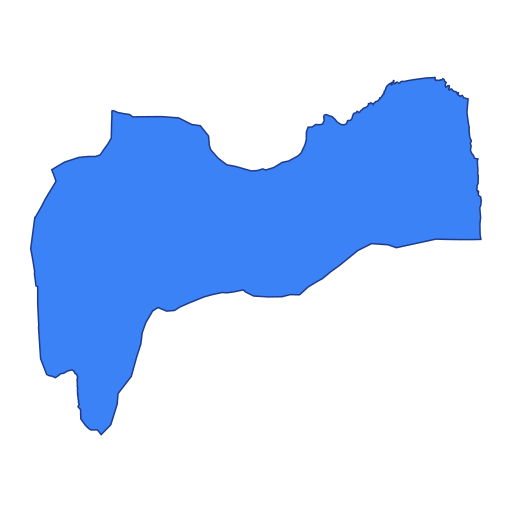 Mountain Province, Mountain Province, Philippines (Equal Earth projection)
{"feature_id": "2640588B69436428808540", "entity_name": "Mountain Province", "entity_type": "district", "adm_level": 2, "iso_a3": "PHL", "parent_name": "Philippines", "parent_adm1": "Mountain Province", "projection": "equal_earth", "projection_center": [121.216, 17.057], "detail": "fine", "context": "isolated", "style": "filled", "palette": "blue", "viewbox_px": 512, "rotation_deg": 0, "n_neighbors": 0, "source": "geoboundaries", "source_scale": "gbopen_adm2", "svg_char_len": 5664}
<svg xmlns="http://www.w3.org/2000/svg" viewBox="0 0 512 512"><path d="M51.7,169.7L53.5,174.2L56.0,181.3L53.1,186.2L48.6,193.5L45.0,199.6L41.6,206.3L35.2,217.6L34.8,217.5L30.7,248.7L31.9,254.9L33.1,261.8L34.7,271.9L34.4,273.5L36.0,285.9L37.7,286.7L37.7,303.4L38.6,322.9L38.7,323.4L38.8,325.6L38.5,327.2L40.6,358.7L46.7,374.5L49.5,375.8L52.2,376.2L55.4,377.7L58.4,375.6L60.9,373.6L63.4,373.4L67.8,370.9L72.1,369.9L73.6,370.8L73.6,371.0L73.9,371.1L74.0,371.2L74.1,371.3L74.3,372.1L74.5,372.5L74.7,372.9L75.0,373.2L75.1,373.5L75.4,373.7L75.7,373.4L75.8,373.4L76.1,373.7L76.2,374.1L76.8,374.6L76.9,375.1L77.1,375.8L77.2,376.0L77.4,376.1L77.6,376.4L77.6,376.8L77.4,377.2L77.4,377.5L77.5,377.9L77.7,378.3L77.6,378.6L77.4,378.9L77.4,379.1L77.0,379.4L77.0,379.8L77.1,380.2L77.2,380.5L77.2,380.9L77.4,385.7L77.3,386.2L77.2,386.7L77.3,386.9L77.5,387.1L77.7,387.3L77.7,387.5L77.7,387.9L77.8,388.0L77.6,388.5L77.6,388.9L77.4,389.5L77.6,393.3L77.6,393.7L77.8,393.8L77.9,394.0L77.7,394.1L77.6,394.3L77.7,395.1L77.7,395.5L77.8,395.9L77.8,396.6L78.1,397.1L78.1,397.7L78.2,398.1L78.2,398.8L78.1,399.2L78.3,400.0L78.6,400.4L78.5,401.3L78.5,401.7L78.4,402.1L78.4,402.5L78.8,403.2L78.9,403.6L79.0,403.8L79.3,404.0L79.4,404.4L79.3,404.7L79.2,404.8L78.8,405.2L78.6,405.3L78.5,405.5L78.2,406.0L78.1,406.9L78.2,407.0L78.7,407.5L79.0,407.9L79.1,408.1L79.5,408.6L79.8,408.7L80.0,408.8L80.5,409.3L80.6,409.7L80.5,410.5L80.6,410.9L80.8,418.9L85.4,425.3L88.3,428.2L90.8,429.9L94.6,429.9L97.3,429.8L101.2,434.6L110.8,424.7L117.2,404.1L118.0,393.6L131.3,376.4L136.7,356.8L138.9,350.0L140.8,344.1L142.2,332.8L145.7,322.8L147.9,319.0L150.8,314.2L152.5,311.1L158.0,307.5L166.5,311.1L174.4,310.5L179.9,307.0L188.7,303.1L203.7,297.0L212.7,294.5L222.1,292.5L227.1,292.8L234.2,291.8L243.3,289.9L245.6,292.0L253.6,296.0L268.2,296.9L282.2,296.7L290.1,294.6L299.4,294.8L299.9,294.5L308.2,286.9L317.8,281.1L322.3,278.7L330.5,271.9L340.0,265.0L357.8,250.5L371.6,243.6L388.2,244.8L396.3,247.7L435.9,239.1L445.7,239.4L462.2,239.6L471.8,239.6L480.9,239.4L480.1,234.4L479.9,224.1L480.6,217.6L479.8,207.8L480.9,204.8L481.0,202.3L481.3,200.3L481.1,199.5L480.9,198.9L480.7,198.6L480.6,198.4L480.8,198.1L480.8,197.7L480.7,197.1L480.6,196.8L480.3,196.7L478.7,195.4L478.4,194.9L478.3,194.4L478.1,193.7L478.1,193.3L478.4,193.1L478.2,192.6L478.3,192.6L478.5,192.5L478.5,191.3L478.3,191.1L478.0,190.9L477.6,191.1L477.4,191.1L477.3,190.9L477.2,190.9L476.9,190.2L476.7,190.1L476.6,189.9L476.9,189.2L477.1,188.0L477.2,187.5L476.8,186.1L478.1,183.5L478.2,179.2L478.2,178.5L478.3,175.9L477.7,173.8L477.9,169.1L477.8,168.1L477.6,166.3L477.4,162.2L477.4,160.5L478.0,159.0L477.3,158.7L475.7,158.7L474.0,157.7L473.9,156.6L473.3,155.1L472.1,154.0L470.5,150.6L470.8,147.6L471.2,146.4L470.4,143.3L470.7,142.1L471.3,141.5L471.2,140.3L470.5,139.2L469.7,136.9L469.1,130.5L469.2,127.1L468.6,124.5L467.8,119.2L466.9,112.3L468.1,98.9L463.7,97.8L462.3,95.4L460.9,95.8L460.3,96.3L460.1,96.4L459.5,95.7L458.1,95.0L458.0,94.6L458.2,94.1L458.4,93.6L458.5,92.9L458.3,92.7L457.9,92.7L457.4,93.7L457.1,93.7L456.8,92.7L456.3,91.9L455.9,91.6L455.6,91.5L455.1,91.6L454.3,91.4L453.7,91.1L452.4,90.0L451.9,89.2L451.2,88.9L450.6,89.2L450.4,89.2L449.9,89.5L449.4,90.0L449.1,90.0L448.7,89.4L449.3,87.3L449.3,86.4L449.2,85.7L448.7,85.5L447.7,85.8L447.2,86.3L446.6,86.8L445.9,87.3L445.5,86.5L445.3,84.3L445.8,83.3L446.2,82.5L445.4,81.7L444.7,81.4L444.4,80.3L443.8,79.2L442.8,78.7L441.6,80.1L440.8,79.9L440.3,79.8L439.8,80.1L439.3,80.5L438.7,80.5L438.3,80.3L436.7,80.1L436.4,80.3L436.0,80.5L435.7,80.5L435.5,80.1L435.0,79.1L435.0,78.7L435.3,78.0L435.1,77.6L434.9,77.5L434.5,77.4L434.2,77.4L433.9,77.6L426.0,78.0L415.6,79.4L408.6,80.5L404.5,81.4L403.9,81.5L403.5,81.5L402.7,81.3L401.6,81.4L400.5,82.0L400.3,82.1L400.1,82.6L399.8,82.9L399.5,83.1L399.2,83.1L398.8,83.1L398.4,82.9L398.0,82.6L397.7,82.3L397.6,82.2L396.9,82.1L396.6,82.3L395.8,82.7L395.6,83.0L395.6,83.3L395.3,83.5L394.9,83.8L394.4,83.9L394.0,83.7L393.8,83.5L393.7,83.2L393.7,82.9L393.9,81.7L393.9,80.7L393.7,80.5L393.4,80.7L393.2,81.2L393.2,81.4L393.3,82.0L393.3,82.3L393.2,82.4L392.9,82.5L392.0,82.5L391.7,82.7L391.6,82.9L391.7,83.3L391.9,83.5L392.0,84.3L392.0,84.6L391.8,84.8L391.6,84.9L391.1,84.7L390.8,83.6L390.7,83.3L390.5,83.2L390.3,83.3L388.6,84.5L386.7,86.3L386.3,87.1L385.7,88.6L385.5,89.6L385.0,90.6L384.5,91.0L384.2,91.8L383.9,92.3L384.2,93.2L383.9,93.9L383.2,94.0L382.7,95.3L382.3,95.5L381.5,97.0L380.9,97.5L380.2,97.9L379.8,97.9L379.8,98.8L379.0,99.5L378.4,100.4L377.6,101.1L377.1,101.3L375.8,101.5L374.9,102.4L373.9,103.4L373.3,103.5L373.1,104.5L370.8,102.7L370.1,103.5L368.5,103.6L368.4,104.7L367.9,105.8L366.9,106.8L365.0,107.8L364.0,108.0L362.8,108.7L362.0,109.8L360.8,110.5L359.5,112.4L358.8,112.5L358.1,111.8L357.0,111.3L356.0,113.0L354.2,113.2L353.5,113.8L352.7,115.7L351.9,118.6L350.3,120.5L348.5,120.4L347.7,120.6L346.5,123.6L345.6,124.3L343.6,124.8L340.7,124.4L337.0,121.8L334.9,119.2L332.2,116.7L329.1,115.7L326.2,114.5L324.3,115.1L323.7,116.7L324.2,120.6L322.5,124.1L319.5,124.7L315.6,124.5L312.2,127.0L308.1,127.2L306.4,131.9L306.3,139.8L305.0,144.7L301.2,152.8L301.0,153.1L297.9,156.0L288.7,161.0L282.4,162.3L273.9,167.5L265.7,170.0L262.8,168.9L257.5,170.5L251.5,171.0L235.8,166.5L226.8,164.8L218.0,158.1L211.2,150.3L210.3,148.7L209.9,147.2L209.3,145.2L209.2,144.2L208.8,138.0L208.4,135.8L201.8,127.6L200.3,125.7L191.8,124.5L178.6,117.9L161.9,116.6L147.9,116.7L132.7,116.9L129.6,114.5L123.4,113.6L120.7,113.0L118.3,112.7L116.5,111.9L114.7,111.1L113.3,110.7L112.0,110.9L111.9,112.5L111.9,116.9L111.6,123.3L111.3,138.0L107.9,143.9L103.8,149.6L100.2,154.9L95.3,156.5L88.1,156.5L78.9,157.4L64.5,162.1L51.7,169.7Z" fill="#3b82f6" stroke="#1e3a8a" stroke-width="1.5"/></svg>